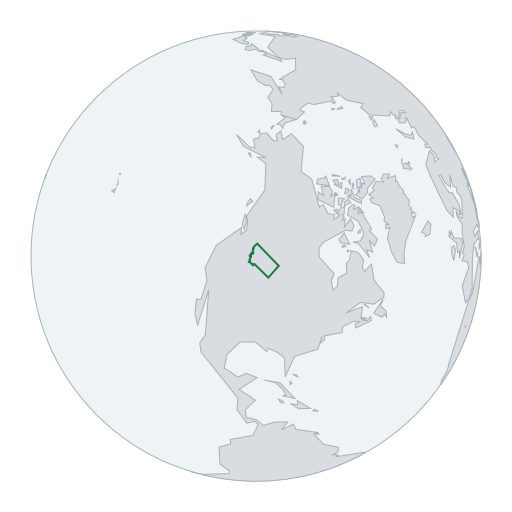 Montana on an orthographic globe, rotated 48°
{"feature_id": "USA-3515", "entity_name": "Montana", "entity_type": "State", "adm_level": 1, "iso_a3": "USA", "parent_name": "United States of America", "parent_adm1": "", "projection": "orthographic", "projection_center": [-112.826, 46.685], "detail": "fine", "context": "on_globe", "style": "outline", "palette": "green", "viewbox_px": 512, "rotation_deg": 48, "n_neighbors": 0, "source": "natural_earth", "source_scale": "10m", "svg_char_len": 11424}
<svg xmlns="http://www.w3.org/2000/svg" viewBox="0 0 512 512"><g transform="rotate(48 256 256)"><circle cx="256" cy="256" r="225" fill="#eef3f6" stroke="#a8b0b8"/><path d="M56.5,359.9L57.0,361.1L56.5,359.9ZM372.9,448.6L381.7,442.7L399.7,421.7L398.1,419.5L386.6,422.0L373.3,411.4L378.7,400.4L375.0,398.0L387.2,378.4L382.7,367.1L378.1,367.4L374.2,374.6L357.3,373.0L349.8,364.6L290.7,361.1L283.0,356.1L280.6,346.2L249.5,313.8L268.3,345.6L258.3,340.2L248.2,329.1L251.4,326.0L241.3,308.7L230.8,301.9L221.5,278.5L225.1,247.8L230.0,252.8L230.3,245.3L224.2,238.7L220.1,236.4L212.9,205.4L194.2,186.9L183.5,188.7L189.7,182.7L166.0,192.0L152.7,189.1L170.7,187.8L174.9,184.3L167.4,179.7L170.1,175.2L168.0,170.6L171.8,165.7L182.1,165.9L184.7,162.9L179.3,160.0L179.7,153.6L187.3,158.4L188.8,147.9L206.2,147.4L223.4,165.9L236.1,163.1L262.0,176.2L262.7,171.5L272.9,174.2L277.5,169.9L281.0,174.0L281.7,167.2L277.6,164.3L276.5,160.4L278.9,157.7L283.7,162.3L283.3,164.3L285.9,164.4L287.3,167.9L288.0,164.7L293.6,170.9L291.5,161.0L299.0,162.8L301.7,168.0L296.8,172.3L290.9,196.5L292.2,203.9L298.9,209.7L321.4,209.8L324.8,216.4L332.7,221.7L333.0,215.7L327.0,209.4L329.5,199.9L321.8,193.9L321.7,189.4L315.6,181.7L321.6,177.9L330.7,178.5L336.0,184.9L340.2,185.5L339.2,175.7L353.1,184.5L369.1,185.4L372.1,188.5L370.7,200.6L360.4,209.5L358.6,227.0L364.9,210.9L372.4,219.7L375.8,219.4L378.4,216.4L377.6,211.3L381.2,213.6L376.3,229.9L372.9,228.0L374.5,222.7L369.7,227.2L366.5,239.1L370.5,243.1L361.3,258.3L364.1,261.5L363.7,266.9L359.9,260.6L366.6,272.5L356.4,294.6L365.4,315.3L351.0,303.0L342.5,304.4L332.8,308.6L334.2,312.0L319.6,314.0L309.3,325.2L309.7,343.4L318.1,354.5L333.8,350.4L336.6,341.9L347.1,336.5L343.8,357.8L362.7,353.0L363.2,366.9L369.3,371.2L377.8,365.3L386.9,363.9L391.9,353.2L400.5,343.4L402.3,353.5L405.9,340.8L411.6,342.4L427.9,328.7L427.1,332.1L441.0,331.8L453.5,322.7L456.4,326.1L455.1,332.0L458.8,328.0L458.8,330.6L471.0,312.0L475.0,305.8L473.4,314.7L467.1,334.5L465.1,339.9L458.5,354.6L451.0,368.9L442.4,382.5L432.9,395.5L422.5,407.8L411.2,419.3L399.1,430.0L386.3,439.7L372.9,448.6ZM111.0,319.6L111.8,314.9L114.0,319.2L111.0,319.6ZM110.5,311.0L110.6,312.8L110.1,311.1L110.5,311.0ZM109.0,309.2L110.1,310.5L108.7,309.4L109.0,309.2ZM106.8,307.2L108.1,308.1L107.9,308.2L106.8,307.2ZM366.4,322.9L388.0,322.5L377.7,329.7L379.3,326.8L373.5,325.3L363.2,326.2L353.7,332.8L366.4,322.9ZM104.0,302.8L103.4,301.6L104.6,301.9L104.0,302.8ZM371.6,306.9L368.0,307.9L371.2,306.1L371.6,306.9ZM217.8,236.2L223.8,239.2L228.3,246.9L223.1,244.9L217.8,236.2ZM209.6,221.8L213.2,221.7L212.5,229.3L210.7,227.0L209.6,221.8ZM175.2,191.4L179.5,193.5L174.4,193.1L175.2,191.4ZM167.0,170.8L164.9,171.8L164.7,169.0L167.0,170.8ZM312.7,184.4L314.2,183.1L314.6,185.2L312.7,184.4ZM308.8,182.4L308.2,185.8L306.2,185.4L306.6,183.3L308.8,182.4ZM170.4,159.2L170.8,154.8L172.2,159.3L170.4,159.2ZM309.9,178.5L302.8,184.2L299.4,183.5L297.9,175.1L309.9,178.5ZM172.1,152.2L172.8,141.8L168.2,142.9L181.5,134.6L176.5,145.8L179.0,151.1L175.1,149.8L172.1,152.2ZM275.3,164.5L279.7,167.5L273.9,167.5L275.3,164.5ZM271.8,165.6L255.3,172.2L249.9,166.8L256.5,165.5L247.8,160.9L253.3,155.0L259.3,156.2L261.7,160.7L262.0,155.1L271.8,165.6ZM188.7,131.9L190.4,129.6L190.6,132.1L188.7,131.9ZM275.7,158.9L272.8,160.5L267.9,155.9L272.8,151.8L272.8,154.6L275.7,158.9ZM242.9,162.7L240.1,158.8L243.8,152.9L243.2,150.6L253.0,154.4L242.9,162.7ZM275.1,154.3L275.4,149.9L279.8,149.7L278.1,157.0L275.1,154.3ZM264.7,156.6L262.6,154.3L265.3,154.2L264.7,156.6ZM295.6,147.2L292.3,149.0L289.5,146.7L295.6,147.2ZM275.2,148.3L273.6,148.4L272.2,147.7L273.2,144.9L275.2,148.3ZM254.9,150.1L257.0,148.6L251.1,148.2L253.6,144.0L259.7,147.4L258.1,144.2L258.9,142.9L263.0,147.2L254.9,150.1ZM269.9,140.3L278.4,143.6L285.2,140.6L287.9,142.5L276.5,147.0L269.9,140.3ZM265.5,143.9L268.8,142.1L270.5,145.2L269.2,148.4L265.5,143.9ZM253.2,140.0L247.7,145.6L246.6,144.7L253.2,140.0ZM271.5,138.8L269.4,138.1L271.8,138.2L271.5,138.8ZM258.4,138.9L256.7,140.9L255.4,139.8L258.4,138.9ZM266.7,135.0L269.4,136.0L268.7,138.2L266.7,135.0ZM262.6,136.3L261.3,134.3L266.7,138.3L262.0,137.3L262.6,136.3ZM257.5,137.5L256.2,137.5L258.5,136.8L257.5,137.5ZM267.9,126.6L274.9,131.1L273.3,135.7L266.7,130.6L267.9,126.6ZM475.4,205.0L473.0,202.3L468.7,189.8L464.0,182.9L430.9,127.0L428.3,119.7L407.3,92.5L405.5,90.1L412.7,95.5L403.9,86.1L416.8,98.2L428.6,111.2L439.4,125.2L449.1,139.9L457.5,155.4L464.8,171.4L470.8,188.0L475.4,205.0ZM366.6,59.7L371.0,62.3L370.1,62.3L348.8,51.2L328.9,42.9L327.9,42.7L336.5,46.8L327.9,44.3L339.0,48.5L337.5,47.2L344.4,50.0L346.2,51.4L343.1,50.3L347.9,53.1L361.5,58.3L361.4,57.6L376.6,67.0L377.9,66.9L383.5,70.5L383.3,72.1L380.2,70.7L383.3,78.1L387.9,80.2L385.3,73.6L387.9,76.1L394.1,79.7L391.4,78.9L393.0,86.3L404.0,98.1L425.0,117.3L430.0,125.5L430.9,131.7L416.2,122.7L406.8,105.5L401.4,102.8L397.3,106.1L394.8,100.8L391.9,100.3L387.8,94.4L376.0,86.9L370.8,81.6L360.5,79.9L356.4,77.1L363.7,78.8L366.1,77.4L352.6,65.9L348.4,64.0L342.7,64.0L339.7,61.2L335.9,62.7L325.4,57.6L335.1,65.4L328.6,66.4L319.2,64.4L318.8,66.3L334.2,69.7L338.8,69.9L340.0,67.8L354.0,70.6L359.9,74.4L351.8,77.3L359.2,83.4L349.6,83.6L313.8,73.1L301.7,68.6L294.0,56.8L300.1,56.4L306.0,60.2L305.9,54.8L303.3,56.1L300.9,54.0L294.1,55.0L292.0,53.6L289.1,57.3L285.8,55.7L287.7,53.4L274.9,54.4L266.5,52.2L264.6,53.2L265.0,54.8L254.0,51.5L253.1,52.4L256.3,53.8L256.6,56.6L252.8,60.4L249.3,59.0L250.1,57.4L246.6,52.4L249.5,48.8L247.7,48.7L244.3,51.5L248.6,57.6L247.3,60.4L244.4,57.5L245.4,58.7L243.6,59.7L238.5,59.5L241.4,62.8L227.0,77.2L215.7,78.8L214.7,74.2L200.9,84.4L189.3,86.5L192.3,87.6L187.7,94.0L191.3,93.4L192.4,94.4L182.2,111.7L177.0,115.1L176.1,124.8L177.6,125.6L181.4,123.5L181.5,134.6L168.2,142.9L165.4,140.7L159.0,147.8L153.4,142.1L145.9,141.0L143.6,131.5L137.9,131.9L136.0,134.7L126.8,137.8L114.3,135.2L132.6,124.8L153.0,128.5L145.4,125.6L149.5,122.7L148.3,119.6L142.7,118.2L140.5,120.2L144.0,101.7L135.4,94.3L130.1,102.2L123.3,106.5L108.8,107.5L105.5,94.8L96.3,102.4L93.4,104.0L96.1,99.7L100.5,97.1L106.4,91.4L108.5,90.9L114.4,83.8L117.5,82.8L120.6,78.2L115.6,81.4L109.2,87.7L110.5,84.8L99.5,94.3L95.0,98.4L106.9,87.1L119.6,76.7L132.9,67.3L147.0,58.9L161.6,51.5L176.7,45.1L192.2,39.9L208.1,35.9L224.2,33.0L240.5,31.3L256.9,30.7L273.2,31.4L289.5,33.2L305.6,36.3L321.4,40.4L336.9,45.8L352.0,52.2L366.6,59.7ZM447.3,146.3L449.5,148.7L447.3,146.3ZM299.8,35.0L302.7,35.8L294.7,34.3L293.6,34.5L298.3,35.5L312.1,38.2L308.1,36.8L299.8,35.0ZM428.4,328.2L430.5,328.5L428.1,330.8L428.4,328.2ZM377.4,335.0L381.4,333.2L383.9,333.7L381.0,335.9L377.4,335.0ZM408.9,315.4L413.1,313.4L409.2,317.4L408.9,315.4ZM391.1,322.0L405.7,317.5L398.1,326.4L388.7,329.3L394.6,324.6L391.1,322.0ZM371.8,314.7L374.6,314.2L374.4,316.7L371.8,314.7ZM373.9,305.7L373.0,306.4L371.2,305.3L373.9,305.7ZM372.7,218.7L373.2,217.5L376.3,215.4L375.9,218.2L372.7,218.7ZM384.0,196.1L389.6,200.3L385.3,199.0L385.7,203.5L377.3,206.8L373.2,190.3L376.6,197.0L384.0,196.1ZM364.8,207.4L370.6,206.7L364.4,208.1L364.8,207.4ZM380.3,104.5L380.8,102.0L385.3,103.9L391.8,112.0L385.3,109.2L380.3,104.5ZM380.6,98.2L370.7,99.6L366.3,95.1L370.5,97.3L368.5,94.2L374.7,97.0L380.1,91.8L384.4,93.3L394.0,106.5L388.5,101.2L388.3,103.8L380.6,98.2ZM353.3,115.3L349.0,117.0L345.0,104.8L349.5,104.7L356.3,112.4L354.9,117.1L353.3,115.3ZM308.7,163.1L307.3,165.3L306.0,163.9L306.1,160.9L308.7,163.1ZM294.3,148.2L313.4,152.1L312.8,154.8L324.8,154.4L327.8,161.5L319.9,161.3L331.2,166.8L325.3,169.5L333.1,172.6L315.3,171.6L310.5,174.6L314.7,168.4L312.1,161.8L309.5,159.9L298.6,156.8L286.9,160.5L282.4,155.0L282.4,150.1L284.5,148.3L286.8,152.4L288.0,147.1L292.8,151.7L294.3,148.2ZM284.5,102.0L286.2,106.4L289.5,98.7L294.4,102.4L294.5,101.2L299.9,102.7L306.6,102.6L308.1,104.9L310.1,103.9L313.7,105.0L316.9,104.6L320.7,108.6L324.9,108.4L324.3,110.5L330.6,109.2L327.7,112.0L332.1,114.0L332.6,110.2L345.5,135.3L353.2,144.4L361.2,150.7L355.1,155.3L343.7,152.6L330.8,146.4L324.2,137.3L322.7,141.3L319.1,138.2L321.8,136.3L315.5,137.4L313.2,134.5L301.7,130.3L293.9,134.3L289.5,133.0L291.5,130.0L285.7,131.0L286.4,124.6L283.2,123.7L280.8,116.8L286.4,111.9L282.4,111.3L280.4,106.3L284.5,102.0ZM267.5,124.5L273.1,117.3L278.5,116.0L280.5,128.7L283.2,130.4L284.7,139.0L276.9,140.9L277.2,138.3L275.6,136.1L278.7,136.4L275.1,134.6L275.4,130.9L272.7,128.7L275.2,126.9L267.5,124.5ZM400.5,85.9L398.5,83.9L394.8,80.5L398.6,83.0L400.5,85.9ZM401.9,91.0L399.7,88.8L403.3,90.1L405.3,92.5L401.9,91.0ZM395.4,86.7L399.3,88.6L398.4,88.9L395.4,86.7ZM361.4,77.0L358.6,75.0L359.6,74.7L362.5,75.6L361.4,77.0ZM295.4,81.5L295.5,83.8L294.0,83.8L289.8,87.8L285.9,85.6L286.8,82.4L295.4,81.5ZM378.9,67.2L383.0,69.9L381.9,69.2L378.3,66.8L378.9,67.2ZM290.4,79.8L289.2,81.7L288.0,79.5L290.4,79.8ZM282.8,84.3L280.9,82.0L284.9,85.9L282.8,84.3ZM255.1,66.9L265.2,63.4L269.9,60.1L268.5,56.8L274.8,60.3L267.6,65.3L255.1,66.9ZM230.8,75.9L232.2,79.3L228.7,79.2L228.0,78.4L230.8,75.9ZM233.7,76.9L240.6,78.5L239.5,81.4L234.2,79.5L233.7,76.9ZM265.8,78.0L269.1,77.0L270.0,78.7L265.8,78.0ZM55.1,357.8L54.6,356.9L56.7,360.9L55.3,358.4L55.1,357.8ZM57.0,361.0L55.1,357.6L56.5,359.9L57.0,361.0ZM83.0,116.0L85.8,113.7L83.8,117.3L82.4,117.8L83.0,116.0ZM79.7,128.0L84.2,117.5L88.2,109.8L85.3,113.1L83.2,113.7L89.4,107.3L89.0,110.9L85.4,117.3L88.1,116.8L87.4,121.1L92.6,118.5L93.3,120.3L87.6,124.9L79.7,128.0ZM95.0,117.2L103.8,115.6L98.4,123.8L95.3,126.0L93.5,123.1L96.5,118.9L95.0,117.2ZM104.3,117.7L107.2,113.8L126.3,105.9L128.9,106.5L111.6,116.1L113.5,113.0L109.7,113.7L104.3,117.7ZM188.1,129.3L190.2,129.6L187.8,130.9L188.1,129.3ZM194.4,94.0L195.5,95.7L192.8,96.9L194.4,94.0ZM197.0,101.2L199.4,98.6L198.4,101.9L197.0,101.2ZM204.5,92.7L201.1,97.8L202.2,92.1L204.5,92.7Z" fill="#d9dde1" stroke="#a8b0b8" stroke-width="1"/><path d="M247.7,246.8L278.6,245.7L278.6,246.4L279.8,256.8L280.3,261.0L280.3,261.3L260.9,262.6L261.0,264.5L260.9,264.5L260.7,264.4L260.6,264.2L260.4,263.9L260.3,263.7L260.2,263.6L259.9,263.7L259.8,263.8L259.7,264.0L259.7,264.3L259.8,264.3L259.7,264.4L259.2,264.3L258.9,264.5L258.8,264.4L258.7,264.3L258.4,264.4L258.1,264.4L257.9,264.4L257.7,264.4L257.4,264.4L257.4,264.5L257.2,264.7L256.9,264.7L256.5,264.6L256.4,264.6L256.2,264.6L256.0,264.8L256.1,265.0L255.9,265.1L255.9,264.9L255.7,264.9L255.5,264.7L255.5,264.4L255.4,264.4L255.3,264.2L255.3,263.9L255.3,263.7L255.2,263.7L255.1,263.4L254.9,263.3L254.7,263.4L254.4,263.2L254.2,262.9L254.3,262.8L254.3,262.7L254.2,262.4L254.1,262.2L253.9,261.9L253.8,261.7L253.7,261.7L253.6,261.4L253.5,261.1L253.4,261.0L253.4,260.9L253.4,260.7L253.3,260.4L253.3,260.2L253.1,260.1L252.9,259.9L252.8,260.0L252.7,260.1L252.5,260.3L252.3,260.4L252.2,260.4L252.2,260.5L251.9,260.7L251.7,260.5L251.5,260.4L251.4,260.3L251.3,260.2L251.4,259.9L251.4,259.7L251.3,259.4L251.5,259.2L251.7,258.9L251.7,258.7L251.5,258.4L251.6,258.2L251.4,258.1L251.5,258.0L251.6,257.9L251.6,257.7L251.6,257.4L251.7,257.2L251.8,256.9L251.8,256.7L251.7,256.7L251.8,256.7L251.9,256.4L251.9,256.2L252.0,256.2L251.9,256.0L251.7,256.0L251.4,256.1L251.2,256.1L251.1,255.9L251.1,255.7L250.9,255.7L250.8,255.8L250.8,255.7L250.7,255.6L250.5,255.4L250.4,255.3L250.4,255.2L250.3,254.9L250.2,254.8L250.1,254.7L249.8,254.3L249.7,254.2L249.5,253.9L249.4,253.9L249.4,253.7L249.1,253.5L248.9,253.5L248.9,253.4L248.8,253.2L248.7,253.1L248.4,252.9L248.5,252.8L248.5,252.7L248.4,252.7L248.3,252.4L248.4,252.2L248.4,251.9L248.2,251.8L248.2,251.7L248.0,251.3L247.9,251.2L247.7,250.9L247.6,250.7L247.7,246.8Z" fill="none" stroke="#15803d" stroke-width="2"/></g></svg>